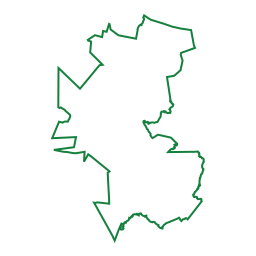 Dr. Belisario Domínguez, Chihuahua, Mexico
{"feature_id": "50627088B53231411399009", "entity_name": "Dr. Belisario Domínguez", "entity_type": "district", "adm_level": 2, "iso_a3": "MEX", "parent_name": "Mexico", "parent_adm1": "Chihuahua", "projection": "orthographic", "projection_center": [-106.401, 27.994], "detail": "fine", "context": "isolated", "style": "outline", "palette": "green", "viewbox_px": 256, "rotation_deg": 0, "n_neighbors": 0, "source": "geoboundaries", "source_scale": "gbopen_adm2", "svg_char_len": 5909}
<svg xmlns="http://www.w3.org/2000/svg" viewBox="0 0 256 256"><path d="M58.3,107.2L59.4,108.0L60.8,107.4L61.7,108.1L64.6,109.7L65.4,110.8L70.0,114.8L70.3,116.4L69.1,119.3L68.7,119.6L67.9,121.6L67.5,121.7L66.1,121.5L65.2,121.5L64.0,121.8L63.4,122.2L62.6,122.4L62.5,122.6L59.1,121.7L52.2,138.2L76.0,137.1L74.0,147.2L53.9,149.9L63.5,151.8L67.0,152.0L73.1,153.1L76.2,153.2L84.6,151.8L84.0,161.7L88.2,154.3L92.6,157.6L109.5,171.4L107.7,172.9L109.1,199.4L109.2,203.7L97.7,202.4L95.3,202.9L94.1,202.7L112.2,235.3L114.7,240.6L118.7,229.8L121.7,223.0L121.8,222.8L121.7,223.6L120.8,226.0L120.9,226.8L120.7,227.2L120.7,227.9L120.5,228.2L120.6,229.1L121.2,229.6L121.4,229.6L122.8,229.3L123.0,229.3L123.5,228.5L123.5,228.4L123.2,227.9L123.0,226.8L123.5,226.5L123.6,226.1L123.2,225.1L123.2,224.4L123.0,224.1L123.0,223.9L123.9,223.8L124.3,222.7L124.8,222.2L125.3,222.1L125.7,222.8L125.9,222.8L126.7,221.1L127.2,220.8L128.0,220.6L128.6,220.1L128.8,219.6L129.0,218.6L129.4,218.3L129.3,218.0L129.3,217.8L129.7,217.9L130.0,218.2L130.4,218.2L130.8,217.2L131.5,216.3L131.8,216.4L132.0,216.8L132.3,216.8L132.6,216.4L132.7,216.2L132.4,215.5L132.5,215.3L132.8,215.2L133.0,214.8L133.5,214.8L133.8,214.4L134.1,214.2L134.7,214.2L135.2,214.4L135.8,214.2L136.6,214.5L136.8,213.8L137.0,213.8L137.6,214.8L137.9,214.9L138.2,214.5L138.8,215.2L139.0,214.2L139.7,213.6L140.3,213.6L140.8,213.4L141.0,213.6L141.1,214.2L142.0,214.8L142.2,215.2L143.1,215.8L144.7,216.1L145.0,216.3L145.0,216.6L145.4,216.6L145.8,215.7L146.0,215.5L146.3,215.5L146.4,216.0L146.2,216.6L146.2,216.8L146.9,217.8L147.3,218.6L147.6,219.0L148.0,219.1L148.1,219.5L148.9,220.0L149.1,220.5L150.0,221.3L150.3,221.7L150.7,221.8L151.0,221.8L152.3,222.3L153.0,221.8L154.7,222.1L155.1,222.6L155.3,223.2L157.0,224.5L158.0,224.8L158.5,225.1L158.3,226.3L158.9,226.7L159.6,227.5L160.2,227.9L161.5,228.2L162.4,228.6L162.6,228.5L162.6,228.3L162.6,228.1L162.1,227.4L162.2,226.9L162.9,226.3L163.9,225.0L164.5,224.5L165.2,224.2L165.9,223.3L168.8,222.2L177.5,218.6L179.1,217.7L179.5,218.2L180.1,219.6L181.0,220.5L181.3,221.0L183.2,219.2L184.5,219.1L185.2,218.4L185.7,218.2L185.8,218.5L186.4,218.4L187.3,218.7L187.5,218.8L187.8,219.2L201.7,201.3L201.3,200.9L201.4,199.3L201.1,198.9L200.4,198.8L199.4,199.0L197.8,199.1L197.2,198.6L197.0,198.3L197.0,197.3L196.8,196.9L195.4,196.7L194.6,197.0L194.0,197.0L193.9,196.9L194.0,196.6L193.6,196.3L193.2,195.1L193.2,194.7L193.8,194.6L194.1,194.2L194.1,193.8L194.3,193.4L194.3,193.1L194.7,192.7L194.9,192.3L194.9,191.9L195.6,191.6L195.9,191.1L196.4,190.6L196.5,190.3L197.0,189.9L197.3,188.8L198.2,188.8L198.4,188.3L198.2,187.3L198.3,186.9L198.3,186.7L198.9,186.2L198.9,185.7L199.5,186.1L199.8,185.6L199.6,185.1L199.7,184.7L199.8,184.7L199.7,184.5L199.8,184.3L199.4,183.5L199.6,182.4L199.5,181.4L199.6,180.1L199.8,179.5L199.7,179.1L200.0,178.5L199.8,178.0L200.0,177.7L200.3,177.5L200.5,177.1L200.5,176.5L200.7,175.9L200.7,175.5L200.9,175.2L201.1,174.3L201.7,173.9L202.1,173.7L202.1,173.1L202.4,172.9L202.4,172.4L202.8,171.4L202.8,171.1L202.9,170.9L202.9,170.5L203.3,170.0L203.1,169.7L203.4,169.1L203.3,168.8L202.8,168.4L202.3,167.8L202.1,167.1L202.2,166.6L202.2,166.0L202.0,165.5L202.4,164.7L202.6,163.7L203.1,163.0L203.4,162.0L203.8,161.8L203.6,161.1L203.6,160.4L203.7,160.0L203.6,159.6L203.7,159.3L203.2,158.6L202.4,158.2L202.1,158.2L202.1,157.9L201.5,157.6L201.2,157.0L200.7,156.9L200.4,157.0L200.1,156.7L199.8,156.8L199.6,156.3L199.2,156.1L199.4,155.7L199.2,155.4L199.3,155.0L199.1,154.9L199.1,154.5L199.3,154.2L199.4,153.8L199.2,153.4L199.1,152.8L198.5,152.7L198.3,152.5L198.3,152.0L197.8,151.5L193.1,151.9L192.6,151.8L168.1,152.1L168.9,151.2L169.8,150.4L169.9,150.1L171.5,149.0L172.3,149.2L172.5,149.2L172.8,148.8L173.6,148.9L174.5,148.2L174.9,147.9L174.9,147.6L174.1,147.0L174.6,146.4L174.9,145.3L174.5,144.7L175.2,144.4L175.5,144.3L175.7,144.5L175.7,145.1L175.9,145.4L176.5,145.5L176.7,145.4L176.9,145.2L177.1,144.7L177.1,144.2L176.9,143.8L177.0,143.6L171.0,137.7L169.5,137.3L157.9,134.7L152.6,138.1L151.8,137.5L150.9,136.0L150.5,135.5L150.5,134.2L150.4,133.8L150.5,133.7L149.2,132.0L148.9,131.9L148.4,131.0L148.2,130.8L148.2,130.3L147.9,129.6L147.1,129.1L145.6,125.9L144.5,124.7L144.1,123.2L143.4,122.3L143.9,121.7L143.8,121.1L144.1,121.1L144.4,120.8L144.6,120.8L144.8,121.0L144.9,121.6L145.3,122.2L146.4,122.3L147.2,121.9L147.8,122.0L148.5,122.4L148.4,122.6L148.2,122.7L148.1,123.2L148.3,123.3L148.3,123.6L148.5,123.8L151.0,122.5L151.6,122.6L152.1,122.4L153.9,122.6L154.5,122.8L154.9,122.7L155.7,122.3L156.2,122.2L156.3,122.1L157.1,122.1L157.8,121.6L158.9,119.4L160.5,116.8L160.7,116.0L160.9,114.6L160.7,113.9L161.3,112.0L161.5,111.7L161.9,111.6L163.1,111.8L163.7,111.2L163.8,111.2L164.2,111.6L164.2,111.3L164.3,111.2L164.9,111.4L165.2,111.3L165.6,111.6L165.6,111.9L165.9,112.0L166.9,112.8L167.7,113.1L167.9,113.2L168.4,112.9L169.2,112.8L170.0,113.0L170.3,112.9L170.4,112.4L170.3,111.9L170.6,111.5L170.2,110.2L169.9,109.8L169.6,109.6L169.4,109.3L170.2,108.8L170.4,107.8L171.5,107.2L172.8,106.3L172.9,106.0L173.0,104.9L173.3,104.7L173.1,104.2L172.7,104.1L172.5,103.8L171.7,103.5L171.7,102.5L171.0,102.2L171.0,101.7L170.6,101.6L170.6,101.4L170.2,101.2L170.5,100.6L170.2,100.3L170.2,100.1L170.5,100.0L167.0,77.0L174.2,75.8L180.5,70.2L182.6,60.6L180.7,54.9L181.1,52.9L195.0,47.9L193.9,45.3L191.1,30.1L180.5,28.5L172.1,26.6L164.3,23.9L150.7,19.7L144.1,15.4L144.0,15.6L144.1,15.8L143.8,16.1L143.7,16.6L143.4,17.0L143.5,17.4L143.3,17.7L143.5,18.1L143.9,18.3L144.0,18.5L144.1,18.9L143.9,19.8L143.3,20.7L143.2,21.6L142.7,22.9L141.9,23.8L141.6,24.5L141.5,25.1L141.1,25.2L140.9,25.1L140.7,24.8L140.4,25.1L139.9,25.1L139.5,25.6L138.9,26.1L138.1,27.5L137.5,29.4L137.7,29.8L136.0,38.7L118.5,35.3L110.6,29.5L109.5,24.1L109.1,23.9L106.6,31.8L103.1,31.0L102.1,37.1L94.9,35.2L87.1,40.4L87.6,40.3L88.6,40.8L89.4,40.8L90.6,41.5L91.1,41.6L90.2,52.5L94.0,56.2L102.6,64.8L99.5,65.2L80.0,88.7L58.5,68.0L58.3,107.2Z" fill="none" stroke="#15803d" stroke-width="2"/></svg>